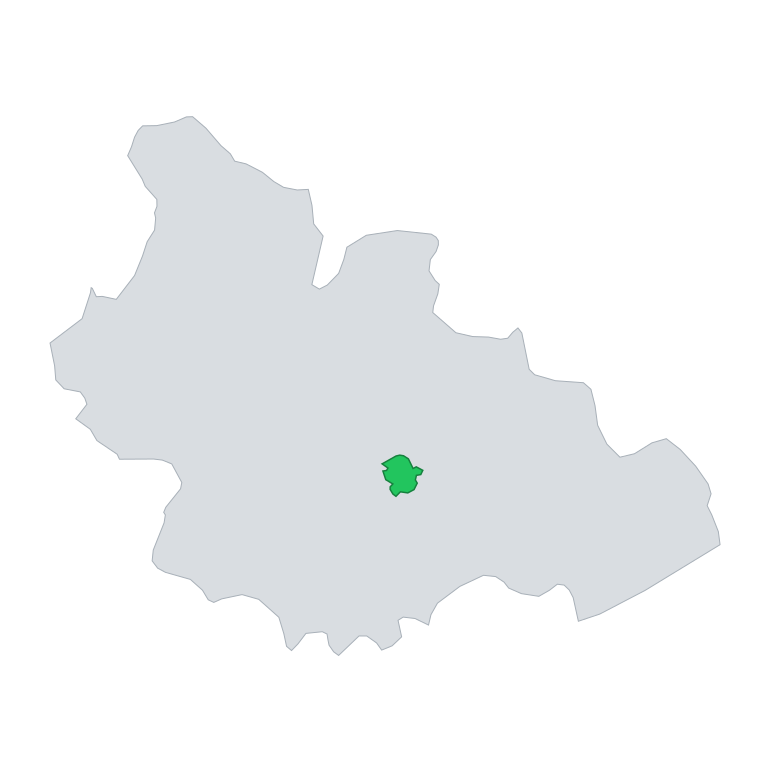 Brussels highlighted on a map of Belgium, rotated 179°
{"feature_id": "BEL-3474", "entity_name": "Brussels", "entity_type": "Capital Region", "adm_level": 1, "iso_a3": "BEL", "parent_name": "Belgium", "parent_adm1": "", "projection": "albers", "projection_center": [4.373, 50.84], "detail": "fine", "context": "in_parent", "style": "filled", "palette": "green", "viewbox_px": 768, "rotation_deg": 179, "n_neighbors": 0, "source": "natural_earth", "source_scale": "10m", "svg_char_len": 2481}
<svg xmlns="http://www.w3.org/2000/svg" viewBox="0 0 768 768"><g transform="rotate(179 384 384)"><path d="M343.7,142.2L357.1,149.0L368.9,150.6L374.1,147.5L370.8,130.9L380.4,122.1L391.0,118.0L395.9,125.2L405.7,132.4L413.4,132.5L434.1,113.4L439.0,117.1L443.5,123.8L444.5,129.3L445.3,135.0L450.0,137.4L466.4,136.0L474.6,125.6L481.1,119.1L486.0,123.4L488.5,136.1L493.2,152.6L513.0,170.9L529.6,175.9L550.0,172.0L558.0,168.6L563.5,171.3L569.1,181.0L581.0,192.0L605.8,199.5L613.5,203.8L618.9,211.2L617.6,222.0L606.3,249.0L604.9,256.9L606.5,259.5L604.3,264.6L589.2,282.8L587.9,289.1L593.2,299.3L597.6,307.8L607.0,311.8L615.7,313.0L632.2,313.2L649.8,313.4L652.0,318.4L672.0,332.4L678.4,343.8L692.8,354.6L681.4,368.9L683.4,375.1L687.8,381.4L703.9,384.8L712.1,393.8L713.0,407.9L717.2,430.8L684.7,454.6L675.9,480.3L675.1,485.4L674.0,484.7L670.1,476.3L664.1,476.5L650.2,473.3L631.5,496.8L623.2,516.2L618.3,530.4L610.7,541.9L609.4,554.0L610.5,559.1L607.9,565.6L607.9,572.5L619.3,585.8L622.2,593.1L636.3,616.8L632.3,625.6L629.1,635.1L625.3,641.9L620.8,646.3L606.7,646.3L588.9,649.6L576.9,654.5L570.7,654.6L557.6,642.9L542.9,625.2L533.6,616.8L529.4,609.4L518.1,606.5L501.9,597.8L490.6,588.3L481.0,582.4L467.4,579.5L456.3,579.9L452.9,563.8L451.5,545.3L442.3,533.0L454.4,484.6L447.0,480.0L439.0,483.9L427.4,495.4L422.0,509.2L418.7,521.4L399.1,533.0L368.0,537.2L334.1,533.0L329.4,529.9L327.2,526.4L327.2,522.1L329.6,515.6L335.5,507.6L337.0,496.3L331.0,486.5L327.0,482.7L328.6,473.2L333.1,461.3L334.0,454.6L311.2,434.0L294.7,429.9L278.7,429.1L266.6,426.7L259.5,427.6L254.3,433.5L249.1,437.7L245.3,432.6L238.6,396.2L233.2,390.6L212.6,384.3L184.6,381.8L177.2,375.1L173.4,358.7L171.1,339.0L162.2,320.0L157.6,315.2L149.4,306.7L134.8,309.9L117.1,320.5L106.7,323.3L102.7,324.4L89.0,313.4L73.8,296.4L61.7,278.4L58.9,268.5L63.0,256.7L58.6,247.5L52.3,230.6L50.8,217.5L126.5,173.1L172.3,150.2L193.8,143.4L198.6,167.2L202.4,174.8L207.4,179.8L214.2,180.8L222.0,175.0L232.9,169.0L250.3,172.0L262.9,177.8L267.4,183.8L275.7,189.5L287.9,191.0L311.7,180.3L334.4,163.9L341.1,152.5L343.7,142.2Z" fill="#d9dde1" stroke="#a8b0b8" stroke-width="1"/><path d="M387.3,304.2L373.2,311.8L369.5,312.6L365.7,311.9L360.9,308.7L356.4,299.0L353.2,300.6L346.7,297.0L348.8,292.8L353.2,292.1L354.3,287.5L352.5,284.3L355.8,277.9L362.1,274.7L369.5,275.9L374.0,271.5L377.0,273.8L379.7,278.5L379.6,281.1L376.9,283.9L383.9,288.3L386.6,297.0L383.0,297.5L381.5,299.9L387.3,304.2Z" fill="#22c55e" stroke="#15803d" stroke-width="1.5"/></g></svg>